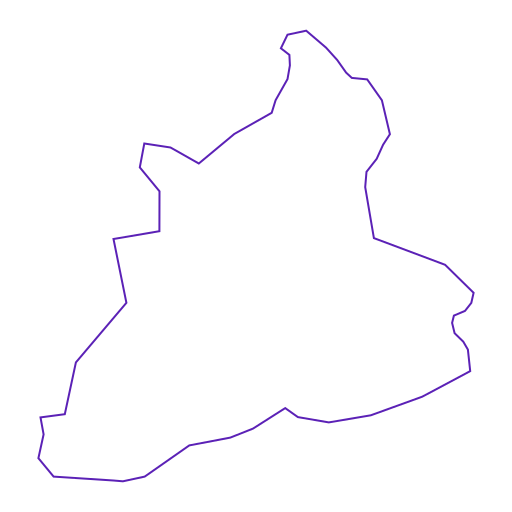 map outline of Plavinu (orthographic projection)
{"feature_id": "LVA-5728", "entity_name": "Plavinu", "entity_type": "Municipality", "adm_level": 1, "iso_a3": "LVA", "parent_name": "Latvia", "parent_adm1": "", "projection": "orthographic", "projection_center": [25.741, 56.702], "detail": "fine", "context": "isolated", "style": "outline", "palette": "violet", "viewbox_px": 512, "rotation_deg": 0, "n_neighbors": 0, "source": "natural_earth", "source_scale": "10m", "svg_char_len": 793}
<svg xmlns="http://www.w3.org/2000/svg" viewBox="0 0 512 512"><path d="M306.2,30.7L326.1,47.7L337.2,60.0L346.1,72.6L351.8,77.9L367.2,79.4L381.9,100.3L389.9,134.2L383.1,144.7L376.7,158.8L366.5,171.8L365.2,187.1L373.9,238.1L445.1,264.8L473.6,292.8L471.3,302.9L465.0,310.9L453.9,315.6L452.1,322.9L454.6,333.2L463.3,341.7L467.9,349.6L470.2,371.1L422.2,396.7L370.8,415.3L328.8,422.4L297.9,417.1L285.2,408.1L253.0,428.6L230.3,437.6L189.3,445.4L144.7,476.6L122.9,481.3L113.4,480.5L53.6,476.6L38.4,458.2L43.6,434.4L40.5,417.4L64.8,414.2L75.9,362.4L126.4,302.8L113.5,239.0L159.4,231.2L159.5,191.3L139.8,167.4L144.3,143.5L170.5,147.5L198.8,163.5L234.4,133.9L271.7,112.8L275.6,100.2L287.5,79.1L289.9,65.4L289.4,54.9L280.9,48.3L287.5,34.7L306.2,30.7Z" fill="none" stroke="#5b21b6" stroke-width="2"/></svg>